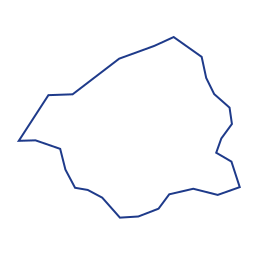 map outline of Klina (Natural Earth projection), rotated 178°
{"feature_id": "KOS-5888", "entity_name": "Klina", "entity_type": "District", "adm_level": 1, "iso_a3": "XKX", "parent_name": "Kosovo", "parent_adm1": "", "projection": "natural_earth1", "projection_center": [20.583, 42.6], "detail": "fine", "context": "isolated", "style": "outline", "palette": "blue", "viewbox_px": 256, "rotation_deg": 178, "n_neighbors": 0, "source": "natural_earth", "source_scale": "10m", "svg_char_len": 475}
<svg xmlns="http://www.w3.org/2000/svg" viewBox="0 0 256 256"><g transform="rotate(178 128 128)"><path d="M139.2,38.7L156.2,59.3L170.4,67.5L183.0,70.1L192.0,88.6L196.5,109.5L220.9,118.9L237.6,119.0L206.4,163.6L182.2,163.6L134.4,197.6L98.7,209.2L79.2,217.3L51.9,196.5L48.1,175.3L40.7,158.9L25.8,144.8L24.0,128.4L35.1,114.3L40.7,100.2L25.8,90.8L18.4,65.0L40.7,58.0L64.9,65.0L89.1,60.3L100.3,46.3L120.8,39.2L139.2,38.7Z" fill="none" stroke="#1e3a8a" stroke-width="2"/></g></svg>